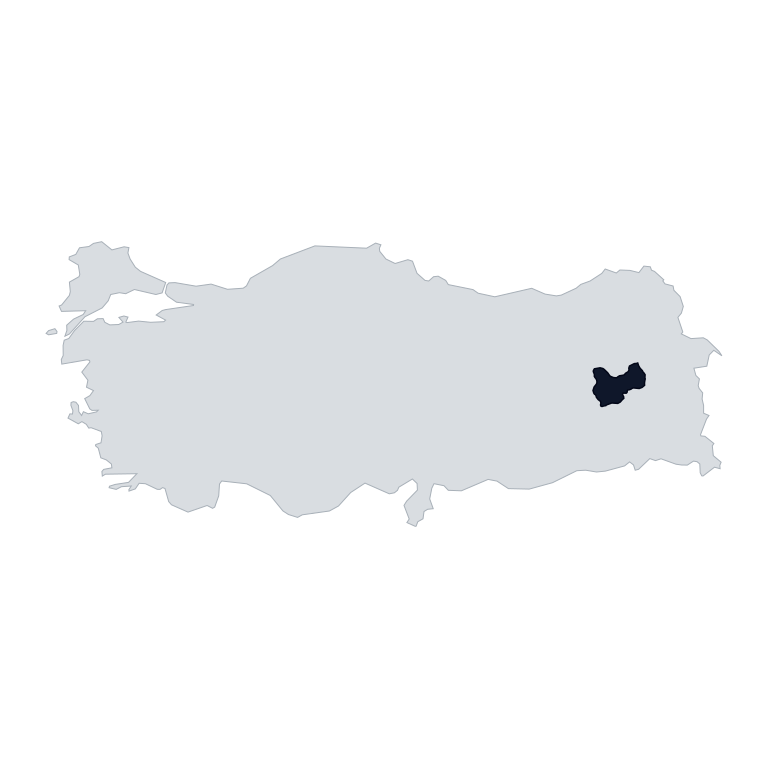 location of Mus within Turkey
{"feature_id": "TUR-2310", "entity_name": "Mus", "entity_type": "Province", "adm_level": 1, "iso_a3": "TUR", "parent_name": "Turkey", "parent_adm1": "", "projection": "mercator", "projection_center": [41.844, 39.013], "detail": "fine", "context": "in_parent", "style": "filled", "palette": "ink", "viewbox_px": 768, "rotation_deg": 0, "n_neighbors": 0, "source": "natural_earth", "source_scale": "10m", "svg_char_len": 4718}
<svg xmlns="http://www.w3.org/2000/svg" viewBox="0 0 768 768"><path d="M605.2,269.0L616.3,273.0L619.9,270.0L629.9,270.4L638.9,272.6L643.9,266.1L650.3,266.8L651.5,270.2L654.5,271.4L663.8,279.8L662.8,280.9L665.0,283.9L673.1,286.0L673.9,290.3L680.1,296.6L683.3,306.4L681.4,313.1L677.9,317.4L682.8,332.0L681.3,333.9L691.0,338.6L703.3,337.8L707.2,339.9L719.0,351.4L721.9,355.8L713.8,350.3L709.2,355.0L706.8,366.2L693.9,368.2L695.9,375.5L699.4,378.9L698.2,385.7L699.1,388.4L702.7,392.9L702.1,399.0L703.6,405.5L703.6,413.2L709.0,415.5L706.5,419.1L700.5,434.7L700.9,435.9L704.9,436.3L713.9,443.5L712.3,445.8L713.3,455.7L721.1,462.2L719.8,465.4L720.1,468.7L714.5,467.2L703.0,476.0L701.7,475.8L700.2,472.7L699.8,464.0L697.1,461.7L693.5,461.1L687.3,465.1L681.6,465.0L676.0,464.2L661.0,458.8L655.5,460.6L649.8,458.6L638.6,469.3L635.2,470.2L633.5,464.9L629.6,461.9L624.6,465.9L605.4,471.1L596.5,472.0L585.7,470.2L576.8,470.7L552.5,482.7L529.2,489.1L508.4,488.6L497.0,481.1L488.1,479.4L461.4,490.8L448.3,490.3L444.0,485.7L434.0,483.7L431.8,488.2L429.7,498.9L433.2,508.7L427.6,509.3L424.0,511.5L423.0,518.8L417.8,521.7L416.1,526.2L415.2,526.3L406.9,522.6L409.2,519.0L404.0,505.4L406.6,501.2L417.4,490.1L417.1,483.5L412.4,479.0L398.8,487.2L397.5,490.3L394.4,492.8L389.3,493.8L365.0,483.1L350.7,492.5L338.5,506.0L329.4,511.0L302.3,514.8L297.6,517.4L288.4,514.5L282.9,510.9L270.3,495.5L246.7,483.8L221.7,481.0L219.5,484.0L218.7,495.9L214.7,507.1L212.6,508.3L207.1,505.5L188.0,512.1L171.5,504.8L168.7,501.6L165.0,488.5L162.6,487.6L160.0,489.4L157.2,489.3L145.4,483.7L139.1,483.3L135.3,488.9L129.0,491.1L128.9,489.6L131.3,486.0L121.4,486.7L116.2,489.4L109.1,487.7L109.5,486.2L115.3,484.4L128.5,482.4L136.9,473.7L105.4,474.2L102.3,476.1L101.9,471.5L103.7,469.4L111.9,467.8L111.4,464.0L106.3,459.9L100.8,457.8L98.3,448.2L95.5,445.8L95.8,444.5L101.0,442.8L102.1,435.8L101.3,431.5L91.1,427.7L88.8,428.1L86.3,424.3L81.9,421.6L78.3,423.8L68.0,418.1L69.9,413.9L72.5,414.0L72.9,410.7L70.9,405.3L71.1,402.5L73.3,401.7L75.9,402.2L78.5,405.5L78.8,411.7L81.6,415.5L83.4,411.7L88.2,413.8L96.5,411.9L98.2,410.2L92.0,410.4L89.8,408.9L84.7,398.6L89.9,395.6L93.5,390.6L86.5,387.2L87.9,380.2L81.8,372.1L89.9,361.9L89.5,360.4L87.0,359.8L61.8,364.1L61.3,359.5L63.2,355.5L63.1,345.5L64.2,340.2L68.8,338.5L74.5,330.6L83.8,321.2L93.5,321.4L97.4,318.8L103.1,318.6L104.8,322.3L109.8,324.9L118.8,324.5L123.0,322.1L118.9,317.4L123.9,316.0L128.0,317.1L125.8,322.1L127.0,322.6L138.6,321.1L150.6,322.3L163.9,321.7L165.6,320.1L156.2,315.0L162.2,310.5L165.6,309.6L193.5,305.5L193.6,304.5L176.5,302.2L167.7,296.2L165.3,292.9L167.0,285.0L168.9,282.9L175.0,282.6L196.1,286.2L211.1,284.1L227.5,289.3L243.2,288.2L246.5,285.9L250.4,278.3L272.6,265.6L280.4,259.0L314.9,245.9L366.6,248.2L375.6,243.1L380.9,244.8L379.4,248.2L379.7,251.3L385.9,259.0L395.1,263.5L407.9,259.7L412.5,261.2L417.0,273.3L425.0,280.4L428.7,281.0L433.6,276.7L438.2,276.2L445.7,280.4L448.3,284.6L473.0,289.6L478.1,293.2L494.8,296.8L531.7,288.3L545.1,294.1L556.4,295.9L561.3,295.1L576.2,288.2L580.8,284.4L590.1,281.0L601.8,273.4L605.2,269.0ZM128.9,247.6L127.9,253.0L130.1,259.0L135.3,267.2L140.6,271.4L165.7,282.5L162.1,292.9L155.9,294.5L134.4,289.5L125.7,293.7L119.4,292.7L110.7,294.5L108.2,300.8L102.2,307.9L85.0,316.7L69.4,334.0L64.9,336.2L66.9,330.4L66.7,325.2L73.6,319.1L83.2,314.5L85.7,310.7L61.5,311.4L59.1,306.0L61.6,305.0L69.4,295.4L70.3,291.6L69.4,282.1L79.0,276.7L79.8,274.4L78.3,265.0L69.1,259.6L69.3,256.9L75.8,254.4L79.5,247.8L89.0,246.5L93.5,243.4L101.7,241.7L111.9,249.9L124.1,246.8L128.9,247.6ZM56.7,333.4L48.6,334.8L46.1,333.4L48.6,330.6L54.9,328.7L57.0,331.5L56.7,333.4Z" fill="#d9dde1" stroke="#a8b0b8" stroke-width="1"/><path d="M616.6,377.8L618.0,376.7L619.5,375.8L623.8,375.1L624.9,374.1L625.5,373.3L628.0,371.8L629.0,370.1L628.8,368.1L629.5,366.0L634.3,363.6L635.7,363.5L637.0,363.3L637.7,363.0L638.7,365.9L640.2,368.4L641.3,369.5L642.4,370.7L643.0,372.0L643.9,372.9L645.1,374.7L644.9,377.7L645.1,378.3L645.2,379.0L644.8,380.8L644.5,383.0L644.6,385.3L642.1,387.4L639.2,388.5L633.4,387.9L632.2,388.3L631.1,389.1L629.6,389.7L628.1,389.9L627.4,390.4L627.0,392.5L626.2,393.2L623.1,393.1L622.5,394.7L623.6,396.5L623.8,398.4L622.3,399.7L620.3,402.0L617.8,403.4L611.8,403.0L606.3,405.0L605.9,405.6L604.0,405.9L602.0,406.5L601.0,406.2L600.5,405.0L600.9,403.1L600.5,401.4L598.2,399.6L596.4,397.3L596.1,396.1L595.7,395.0L594.9,394.4L594.5,394.2L593.8,393.1L593.0,390.5L594.1,387.0L596.5,384.0L597.0,382.1L596.7,380.2L595.8,378.4L595.1,377.7L594.3,376.3L594.4,374.9L594.3,374.2L594.0,373.3L593.8,372.9L593.3,371.6L593.4,370.5L594.4,368.8L600.1,367.8L602.9,368.5L604.2,369.4L607.7,372.8L609.7,375.7L610.6,376.4L613.6,377.6L616.6,377.8Z" fill="#0f172a" stroke="#020617" stroke-width="1.5"/></svg>